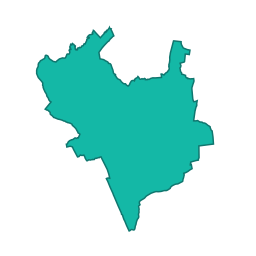 the district of Murgesti, Buzau, Romania, rotated 262°
{"feature_id": "2599482B22144330012024", "entity_name": "Murgesti", "entity_type": "district", "adm_level": 2, "iso_a3": "ROU", "parent_name": "Romania", "parent_adm1": "Buzau", "projection": "albers", "projection_center": [26.887, 45.4], "detail": "fine", "context": "isolated", "style": "filled", "palette": "teal", "viewbox_px": 256, "rotation_deg": 262, "n_neighbors": 0, "source": "geoboundaries", "source_scale": "gbopen_adm2", "svg_char_len": 5805}
<svg xmlns="http://www.w3.org/2000/svg" viewBox="0 0 256 256"><g transform="rotate(262 128 128)"><path d="M125.7,198.0L125.6,197.3L125.6,196.1L126.0,194.0L135.4,196.7L139.4,198.3L139.7,198.7L140.1,198.9L140.6,199.0L141.1,199.4L142.2,199.3L145.4,200.3L144.9,198.4L144.9,196.8L146.0,196.4L147.7,196.2L158.0,196.7L159.4,197.0L160.0,197.4L161.7,198.1L164.6,199.6L165.5,199.9L167.8,199.9L167.7,199.0L167.9,198.3L167.9,196.8L168.5,194.8L168.5,194.1L169.1,193.7L169.3,193.8L169.4,193.2L169.8,192.6L171.1,192.2L172.1,192.3L172.5,191.5L172.8,190.9L173.0,190.7L173.7,189.1L173.8,188.7L175.3,188.7L176.6,187.9L179.2,187.9L179.9,187.7L180.3,187.8L180.7,188.4L182.2,189.1L184.9,188.6L185.5,192.8L185.6,193.0L185.8,193.2L189.0,194.0L193.2,195.0L193.0,196.2L192.2,198.9L196.5,200.2L197.4,197.6L199.4,194.1L199.7,193.8L202.9,192.6L204.7,192.4L206.1,192.6L207.9,185.5L207.9,185.2L196.4,180.4L194.9,180.0L193.1,179.4L191.9,179.1L189.7,178.9L187.1,178.2L184.7,177.2L183.9,177.4L183.5,177.3L183.4,177.0L180.8,177.1L179.8,176.5L179.5,176.0L178.0,174.8L177.3,173.2L176.5,172.1L175.6,171.2L175.7,170.4L176.4,169.8L176.5,169.3L176.8,168.8L176.7,168.2L176.0,168.4L173.4,168.2L173.8,161.9L174.2,159.4L173.9,157.2L173.2,155.9L173.3,155.0L173.5,154.7L173.5,154.0L173.2,153.8L173.4,152.6L173.5,151.9L174.3,151.9L174.8,151.3L174.3,149.6L174.9,148.8L174.5,147.2L174.9,146.4L176.6,145.7L177.6,145.0L176.9,144.5L176.3,143.4L176.2,142.8L176.0,142.7L175.4,141.5L175.3,141.4L174.4,141.3L173.8,140.9L174.3,140.4L174.4,139.7L174.3,138.4L173.9,137.7L171.9,136.1L171.2,135.8L170.5,135.3L169.5,133.9L170.8,132.4L172.1,131.7L172.2,131.4L172.3,130.3L172.9,129.4L174.9,127.7L176.0,127.3L176.7,126.9L177.7,125.3L178.4,124.4L181.9,122.6L182.0,122.9L182.2,123.1L182.8,123.0L183.4,122.0L184.3,121.3L187.5,121.1L190.6,120.4L193.3,119.9L194.2,119.2L194.5,118.5L194.7,117.7L195.5,117.5L196.0,117.3L197.1,116.0L197.6,115.0L198.2,114.5L199.1,113.4L200.4,109.9L206.9,109.7L210.8,113.4L213.1,116.0L216.3,120.0L216.6,120.8L216.7,121.1L218.3,122.5L219.8,124.6L220.6,125.5L221.2,126.8L224.7,125.9L228.3,124.8L228.6,125.1L228.8,124.8L228.9,124.2L229.3,123.7L230.1,123.6L229.2,123.0L227.3,120.9L227.6,120.5L227.3,120.3L226.6,120.2L225.8,119.3L226.5,118.9L225.6,117.8L225.1,117.5L224.8,117.6L223.1,115.4L221.2,113.2L227.1,109.1L229.1,107.8L229.5,107.3L228.7,107.0L227.2,105.9L226.5,106.3L226.2,106.3L225.9,106.1L225.8,105.7L226.0,105.5L225.6,104.4L225.7,103.3L225.3,102.2L224.9,101.6L223.6,100.4L223.1,102.2L222.3,101.8L221.9,99.9L221.1,99.4L220.4,99.3L217.2,97.2L217.5,96.3L215.8,95.1L215.7,94.5L215.7,94.0L215.5,93.5L214.4,92.8L214.2,92.1L214.6,91.2L214.1,90.6L214.3,89.7L213.5,88.7L212.9,89.0L212.5,88.8L212.4,88.4L212.5,87.9L212.7,87.7L212.7,87.2L213.0,87.0L213.6,86.7L214.0,86.7L214.6,87.0L215.4,86.7L216.1,86.7L216.2,87.2L216.5,87.3L217.9,86.1L218.5,85.8L218.8,85.2L219.4,84.7L218.2,83.9L219.0,83.1L218.5,82.7L217.7,82.5L216.3,81.6L215.9,81.7L215.6,82.1L214.9,81.9L214.0,82.5L213.8,82.4L213.5,82.1L214.0,81.1L213.1,80.6L212.9,80.5L211.4,81.0L210.5,80.7L209.4,79.8L209.7,78.2L209.5,77.8L207.5,76.7L206.2,75.8L206.0,74.6L206.5,73.1L206.4,72.2L205.9,69.5L205.4,68.9L205.1,68.2L204.3,66.9L203.4,65.8L204.4,63.1L205.9,61.6L206.6,60.6L208.2,59.4L210.1,58.9L210.7,58.4L211.3,57.5L211.4,57.1L211.4,56.5L211.2,56.2L208.9,55.4L208.7,55.2L208.1,54.3L208.0,53.7L207.4,52.4L206.8,50.7L205.6,49.7L204.6,48.4L203.8,48.2L203.3,47.9L201.6,47.7L199.3,46.1L197.2,45.4L196.4,45.4L194.6,45.1L190.4,46.2L186.3,48.9L184.6,49.8L184.0,49.8L182.8,49.5L182.0,49.4L181.1,49.8L180.2,49.6L178.6,49.9L175.2,50.9L173.1,51.9L170.5,52.2L169.6,52.8L168.4,53.3L167.0,53.5L165.5,54.3L164.5,55.4L158.2,48.6L157.0,50.2L156.9,51.0L154.3,53.1L152.7,52.9L152.0,53.3L150.9,54.5L150.4,54.8L149.5,55.5L148.8,55.8L148.7,56.3L146.6,59.8L145.8,62.0L144.9,63.9L143.8,65.5L143.7,66.1L143.2,67.0L142.7,67.3L142.2,68.4L141.7,69.0L141.5,69.8L140.7,71.6L139.4,73.2L138.2,73.3L138.0,73.5L137.8,73.9L134.8,76.2L131.0,77.7L130.0,77.9L129.0,79.3L128.6,79.5L128.3,79.4L125.2,77.4L125.4,77.0L125.4,76.7L125.0,76.1L124.9,75.6L125.5,74.5L125.5,74.0L124.3,71.9L124.2,70.5L123.6,68.5L123.2,68.0L122.9,67.2L120.8,65.7L120.5,65.1L120.5,64.7L117.7,64.8L118.0,67.9L117.8,68.8L117.3,69.7L117.1,70.3L114.3,71.1L106.4,74.0L106.5,75.4L107.9,77.0L107.5,77.7L107.2,78.7L107.3,80.5L105.0,81.3L104.1,81.4L101.9,82.3L101.2,82.8L101.4,83.7L102.0,84.6L101.8,85.5L101.5,86.0L101.7,87.7L101.6,88.5L101.8,88.7L101.5,89.7L101.5,90.2L102.4,91.0L102.5,91.8L102.4,92.5L102.8,94.9L102.6,95.4L103.0,96.0L103.2,97.2L89.8,101.7L84.8,102.6L80.8,102.9L81.3,101.2L81.1,100.7L81.1,99.9L80.9,99.5L78.1,100.5L71.7,102.1L65.3,104.0L63.6,104.3L62.0,104.8L51.9,107.5L44.7,109.6L43.5,109.6L42.9,110.2L41.8,110.6L41.2,110.6L38.6,111.1L37.2,111.5L36.6,111.8L31.4,113.1L25.9,114.8L26.0,115.4L26.8,116.7L27.0,117.3L26.8,118.1L26.4,118.9L26.2,119.6L26.3,120.0L26.8,120.5L27.9,121.0L29.7,121.5L31.5,122.5L33.1,123.0L34.9,123.8L36.4,124.7L37.4,125.7L38.4,126.3L41.3,126.4L43.0,127.2L44.7,127.3L46.0,127.7L49.0,127.6L49.5,127.9L50.0,128.9L50.5,129.2L50.8,129.2L51.5,128.8L52.3,128.8L53.5,129.1L54.0,129.7L54.7,131.0L55.9,133.9L56.5,134.9L57.7,136.2L58.2,137.0L60.2,141.7L61.0,145.5L61.1,146.6L61.1,147.2L60.7,149.0L60.6,150.9L60.6,152.1L61.0,155.0L60.7,157.5L61.3,159.2L62.3,161.3L63.2,161.8L63.7,162.3L64.4,163.3L65.0,164.7L65.7,166.9L65.8,168.8L65.7,169.2L65.7,169.6L67.4,174.4L67.7,174.8L69.5,175.3L70.8,176.0L73.7,177.1L75.4,176.9L75.5,177.8L75.9,179.3L76.6,181.2L78.0,183.7L78.8,185.8L82.8,185.6L82.7,184.6L83.7,184.7L83.8,185.2L85.5,185.3L85.8,186.9L86.3,190.9L86.4,193.2L87.3,193.3L88.6,194.2L100.4,195.7L100.2,210.4L107.3,210.9L113.4,210.9L114.1,210.2L114.6,210.0L116.7,209.5L117.8,209.5L118.6,208.7L119.4,207.6L121.6,205.6L122.3,204.4L122.5,203.2L123.5,202.1L123.9,200.3L124.1,199.8L125.7,198.0Z" fill="#14b8a6" stroke="#0f766e" stroke-width="1.5"/></g></svg>